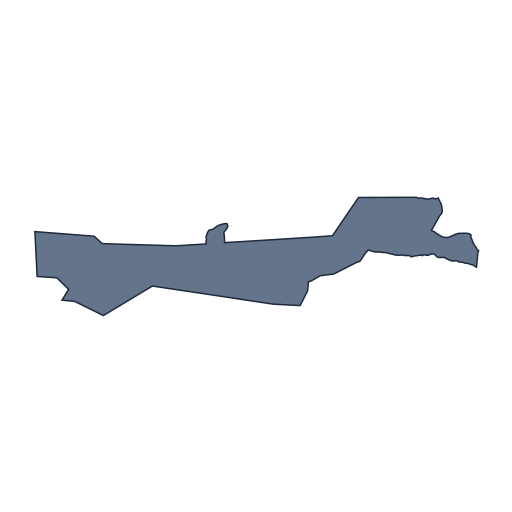 Ribeira do Piauí, Piauí, Brazil (Equal Earth projection), rotated 273°
{"feature_id": "56859067B13441399053941", "entity_name": "Ribeira do Piauí", "entity_type": "district", "adm_level": 2, "iso_a3": "BRA", "parent_name": "Brazil", "parent_adm1": "Piauí", "projection": "equal_earth", "projection_center": [-42.577, -7.944], "detail": "fine", "context": "isolated", "style": "filled", "palette": "slate", "viewbox_px": 512, "rotation_deg": 273, "n_neighbors": 0, "source": "geoboundaries", "source_scale": "gbopen_adm2", "svg_char_len": 1986}
<svg xmlns="http://www.w3.org/2000/svg" viewBox="0 0 512 512"><g transform="rotate(273 256 256)"><path d="M256.4,476.8L271.4,477.4L272.8,478.1L273.8,476.7L275.9,475.5L278.4,473.4L281.3,471.8L283.6,470.9L285.4,469.8L288.3,469.6L289.4,467.9L289.7,465.6L289.7,463.7L289.5,460.6L289.3,457.8L288.8,455.8L288.0,453.7L286.7,451.4L285.3,448.5L284.5,446.5L284.5,442.6L285.0,440.9L285.8,439.2L287.5,436.0L288.4,434.5L289.4,433.3L290.6,429.8L305.7,437.3L307.9,439.0L310.0,439.7L312.8,439.4L314.3,439.1L316.6,438.5L318.2,437.9L321.9,435.7L323.5,435.0L322.3,432.1L323.1,429.9L322.8,428.1L322.0,426.5L321.9,423.2L322.2,421.0L322.7,416.8L321.9,415.3L323.0,413.7L322.6,405.6L319.8,355.3L295.3,340.4L280.2,331.3L277.6,310.1L272.9,269.6L267.7,224.0L274.4,223.3L275.9,223.1L277.9,222.6L281.0,224.9L282.8,226.0L284.6,226.3L286.8,225.3L286.7,223.0L285.6,219.4L284.8,217.3L283.3,214.9L282.0,213.4L280.6,211.7L279.9,210.1L279.4,207.7L277.0,206.4L274.8,205.7L272.5,205.1L270.5,205.7L268.9,205.4L265.4,205.5L262.0,175.5L260.8,123.9L260.3,101.8L267.3,93.3L268.8,33.9L252.6,35.6L251.3,35.7L224.1,38.5L223.8,58.2L212.9,70.6L201.8,64.6L201.1,77.5L188.5,106.7L197.5,119.9L220.6,154.2L220.1,159.0L215.6,205.7L210.0,263.4L209.8,265.3L208.8,276.0L208.8,302.7L223.8,309.3L227.9,309.5L233.0,309.7L234.2,312.8L239.7,321.3L242.0,334.4L244.7,339.1L254.5,356.2L256.2,360.1L261.2,363.1L264.7,365.2L267.8,367.8L267.3,370.2L266.6,372.5L266.3,374.5L266.3,377.2L266.4,380.4L266.1,383.3L266.2,385.5L265.9,387.5L265.3,389.2L265.0,392.0L264.4,394.2L264.2,396.1L264.3,398.7L264.6,401.3L264.2,404.7L264.4,406.5L264.3,409.5L263.2,411.2L263.8,412.8L264.4,414.6L264.9,417.6L265.5,420.1L265.1,422.2L266.3,423.7L265.6,425.7L265.7,428.1L267.1,430.4L267.3,433.2L266.5,434.8L265.3,436.0L264.1,437.8L264.2,441.2L264.5,443.9L263.2,446.5L262.1,449.3L261.2,452.3L261.8,456.8L260.7,458.4L260.7,460.3L260.5,462.8L259.8,465.0L259.7,467.7L259.0,470.2L258.4,473.1L257.2,475.2L256.4,476.8Z" fill="#64748b" stroke="#1e293b" stroke-width="1.5"/></g></svg>